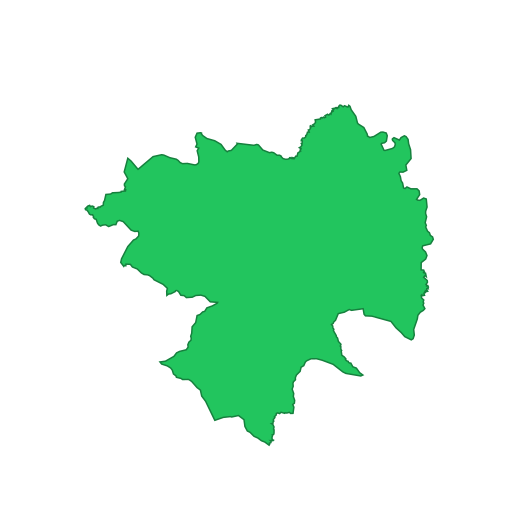 Shiwang'Andu, Muchinga, Zambia, rotated 110°
{"feature_id": "96606910B14962040673296", "entity_name": "Shiwang'Andu", "entity_type": "district", "adm_level": 2, "iso_a3": "ZMB", "parent_name": "Zambia", "parent_adm1": "Muchinga", "projection": "robinson", "projection_center": [31.599, -11.088], "detail": "fine", "context": "isolated", "style": "filled", "palette": "green", "viewbox_px": 512, "rotation_deg": 110, "n_neighbors": 0, "source": "geoboundaries", "source_scale": "gbopen_adm2", "svg_char_len": 6072}
<svg xmlns="http://www.w3.org/2000/svg" viewBox="0 0 512 512"><g transform="rotate(110 256 256)"><path d="M429.3,179.0L428.1,178.8L427.3,179.4L426.3,178.2L424.8,178.4L424.5,179.2L423.7,176.9L423.1,176.6L422.9,178.1L420.7,179.0L418.8,179.0L418.5,179.5L417.5,178.4L416.3,178.5L413.1,179.6L412.7,180.3L410.5,180.6L408.6,182.5L408.2,183.9L407.7,182.8L405.3,183.3L405.1,182.9L403.7,183.8L401.4,183.0L400.8,183.7L398.7,182.7L397.0,183.0L396.0,181.9L396.0,179.9L394.3,179.1L394.0,175.2L393.4,175.1L393.0,173.3L391.5,171.2L392.1,169.6L391.2,167.4L385.1,168.7L383.0,170.7L381.2,169.6L378.4,170.3L375.2,172.9L372.4,173.5L368.7,176.5L365.7,176.5L363.1,177.7L361.4,177.8L358.8,176.6L356.9,177.4L354.0,177.3L349.3,175.1L345.1,175.6L342.7,173.6L339.0,173.4L337.3,172.7L333.8,169.2L331.8,163.9L331.3,158.2L331.4,146.5L335.2,134.8L335.6,131.4L332.9,116.5L331.3,114.9L330.2,118.7L327.0,123.4L327.0,127.1L324.2,130.3L324.6,131.3L324.3,132.7L323.5,133.3L323.5,134.9L322.8,136.5L321.9,136.4L320.6,138.7L319.9,141.4L316.2,143.4L315.5,143.2L314.6,144.4L311.9,145.4L311.8,146.0L309.9,146.0L308.1,149.4L305.2,151.3L304.4,152.9L303.3,153.4L299.7,157.7L298.2,157.8L297.3,159.2L295.6,159.9L294.6,161.6L292.8,160.4L291.4,160.4L289.2,159.3L282.0,159.0L278.6,153.8L274.4,150.1L274.4,147.7L268.9,137.3L273.8,134.5L274.8,132.7L272.9,126.6L271.3,106.8L275.6,99.9L278.3,93.3L280.9,88.6L281.7,81.4L280.0,80.1L276.2,80.2L271.1,82.7L259.9,82.9L256.4,83.6L252.7,82.4L249.9,80.2L247.7,79.3L245.0,82.3L242.9,82.2L242.1,83.2L240.0,83.3L238.8,86.0L236.5,87.3L235.7,86.9L236.5,86.2L235.3,84.2L233.8,85.4L232.4,85.2L232.7,84.6L232.0,84.3L230.8,84.8L231.0,83.4L230.4,82.6L229.4,84.1L228.3,84.4L227.9,83.0L227.2,83.6L226.3,83.3L225.1,84.4L225.8,85.5L224.7,85.9L224.6,86.5L222.0,85.9L220.5,86.7L218.6,91.2L216.6,90.5L217.1,89.0L214.2,90.8L214.3,92.5L213.7,92.3L213.7,92.9L213.1,92.6L211.9,93.6L212.6,96.1L205.7,98.5L200.8,95.5L197.1,95.5L194.2,98.1L192.6,101.8L191.5,102.7L189.4,102.8L184.9,96.1L179.7,95.1L177.7,96.6L177.0,99.2L174.8,101.0L174.1,103.2L170.7,106.5L169.0,106.4L166.9,108.4L160.8,109.1L158.0,111.2L155.8,111.9L151.5,112.0L144.2,115.5L144.2,118.3L147.6,120.9L148.2,123.1L147.9,124.5L142.3,123.2L139.0,125.0L137.8,127.7L139.9,133.4L139.5,137.8L141.6,139.0L141.6,140.6L137.3,143.2L135.6,145.4L132.0,147.5L129.5,150.0L127.9,149.6L126.9,146.5L123.9,143.6L119.3,146.3L111.4,143.6L103.3,147.1L98.4,150.9L94.4,153.0L92.5,155.8L92.3,157.7L95.1,160.2L98.0,160.9L97.6,166.8L99.3,167.9L100.0,167.7L100.7,167.1L102.1,164.1L103.9,163.2L106.2,163.2L108.3,164.6L112.7,170.8L112.9,171.9L108.0,176.7L107.1,176.4L105.6,173.9L103.4,172.8L98.1,173.8L95.9,175.7L96.1,179.0L96.9,181.0L103.4,186.1L105.8,189.8L105.2,191.1L105.4,192.1L103.4,193.2L98.4,198.6L97.0,205.0L96.2,206.2L90.6,210.0L86.0,216.6L83.2,218.9L82.7,220.4L84.4,220.4L84.7,221.1L84.5,224.2L86.0,225.1L85.3,227.7L85.5,228.8L87.1,229.5L88.2,229.0L89.0,231.0L89.7,229.6L89.8,232.0L91.3,234.4L91.9,233.1L92.8,233.9L93.5,233.0L94.1,233.4L93.8,234.3L96.6,234.1L96.2,234.6L96.8,235.1L97.9,235.1L98.7,236.2L98.3,237.2L100.6,239.2L101.8,238.1L102.7,239.1L102.4,240.1L103.6,240.9L103.5,241.9L104.3,242.6L105.2,242.3L107.8,247.0L109.9,245.8L111.7,246.2L113.3,247.5L114.2,246.1L115.4,248.6L114.8,249.1L115.2,249.5L116.5,249.1L116.8,248.4L119.0,248.9L119.7,249.9L121.4,248.4L122.0,250.0L124.8,249.8L125.8,250.5L127.0,250.0L128.6,250.9L129.3,252.6L131.6,253.1L132.1,252.9L131.7,252.3L132.0,251.8L134.4,251.2L134.8,251.9L135.9,250.7L137.9,251.1L139.4,252.3L139.8,250.3L141.5,250.8L142.1,249.9L144.8,251.9L148.2,251.6L148.6,252.8L150.8,253.3L151.0,254.8L151.7,254.0L152.2,255.9L151.6,256.6L152.4,257.3L151.6,258.3L152.8,257.7L154.1,259.2L155.0,261.2L155.2,263.9L154.0,266.4L153.6,266.4L153.2,268.2L154.1,270.7L152.9,274.7L153.1,276.7L154.3,278.7L154.1,285.8L150.8,291.7L150.9,293.4L152.7,295.8L156.6,312.4L157.2,311.8L165.2,315.3L166.9,318.1L167.9,318.7L167.1,321.1L163.1,327.0L161.8,334.2L162.4,342.3L161.1,347.1L160.1,348.9L159.1,349.2L159.1,350.2L160.7,353.4L165.2,353.7L171.0,349.7L174.1,350.0L174.2,346.7L177.2,347.3L182.5,343.7L187.1,341.9L188.8,342.0L190.7,343.4L191.4,344.8L192.5,352.2L194.4,356.7L194.1,359.4L192.9,361.7L192.3,364.0L193.1,370.7L192.7,377.1L193.1,379.3L197.8,386.7L214.9,396.5L209.5,405.9L208.0,409.9L222.1,408.6L227.2,402.9L233.4,404.3L235.0,403.6L235.7,402.3L238.6,402.3L238.3,401.1L239.6,400.9L241.4,404.8L242.2,404.7L243.3,406.8L245.7,412.5L247.5,413.8L249.5,418.1L255.7,417.3L257.8,417.7L260.5,416.9L262.3,418.7L263.5,419.2L263.5,420.2L264.4,421.2L265.4,420.9L265.8,422.2L266.6,422.7L266.5,425.0L265.1,425.3L265.1,427.1L266.2,428.4L265.3,429.6L266.6,431.1L267.8,431.7L268.7,431.3L269.0,432.3L269.9,432.7L270.8,432.0L270.7,430.7L271.6,429.1L273.6,426.8L273.8,425.2L273.1,423.7L274.6,422.1L275.3,422.1L276.3,420.5L276.2,418.7L279.3,416.2L280.5,414.5L281.0,412.3L279.5,410.8L278.1,408.0L278.7,404.5L275.3,400.8L274.5,398.4L270.8,398.3L269.2,396.4L269.1,392.5L274.4,382.2L274.4,378.3L273.0,375.2L274.8,373.8L277.4,373.1L281.1,374.7L282.9,376.6L291.0,379.7L304.6,381.4L308.3,380.9L311.0,376.7L310.0,376.5L309.7,375.0L308.1,375.4L306.8,371.2L308.6,368.4L308.8,363.1L311.1,358.0L311.7,354.9L310.8,351.5L310.8,349.4L312.1,345.3L313.2,343.7L314.4,333.6L316.7,328.2L319.6,327.9L323.5,326.3L321.7,325.2L320.6,323.1L317.1,319.8L316.1,319.7L315.5,318.6L315.9,316.6L318.6,313.2L317.8,309.9L318.9,307.2L316.5,301.8L313.7,299.1L311.6,294.4L311.4,290.1L314.7,283.3L312.7,276.2L313.6,276.3L317.9,280.0L321.5,284.4L325.6,285.3L326.8,287.0L330.1,288.6L332.1,291.0L339.2,289.9L344.4,291.8L350.5,290.0L353.8,289.9L355.3,288.8L357.4,288.3L359.9,289.6L362.7,289.7L364.8,288.6L368.0,289.5L371.8,295.2L374.2,297.5L378.4,298.8L385.8,305.1L388.4,310.0L389.8,307.7L389.6,301.8L390.4,298.0L391.8,295.7L395.1,293.2L396.0,290.2L397.2,289.3L396.7,284.5L397.2,282.8L395.1,277.3L395.2,276.1L395.9,273.5L399.8,266.4L401.0,262.4L406.2,259.1L409.8,253.6L424.5,238.5L418.8,231.5L415.7,225.2L415.6,223.8L411.9,217.9L413.9,211.3L420.0,208.1L423.4,204.3L423.7,201.3L426.1,196.2L426.4,192.0L427.7,187.8L427.8,184.1L429.3,179.0Z" fill="#22c55e" stroke="#15803d" stroke-width="1.5"/></g></svg>